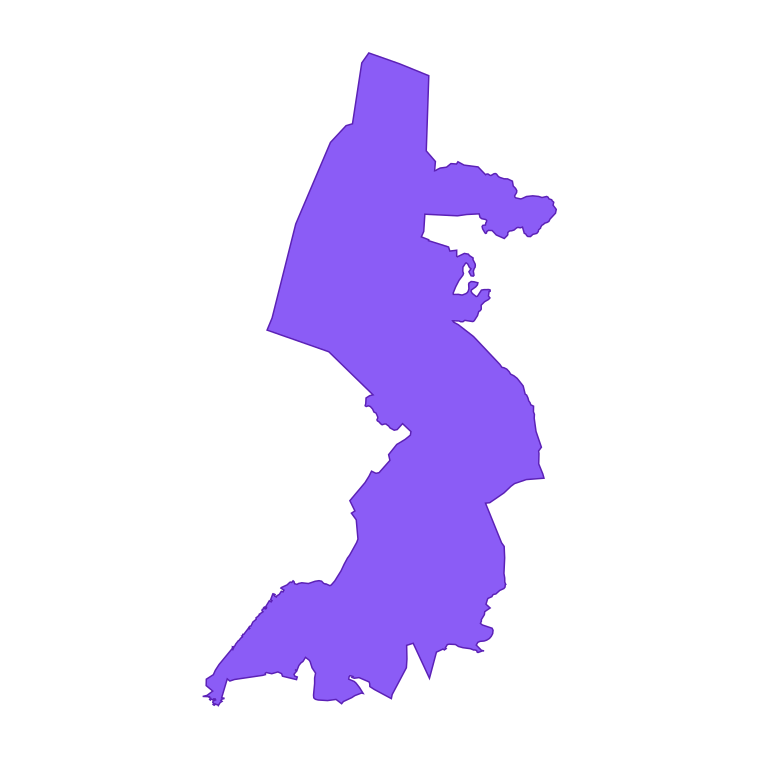 Simojovel, Chiapas, Mexico, rotated 273°
{"feature_id": "50627088B247169502667", "entity_name": "Simojovel", "entity_type": "district", "adm_level": 2, "iso_a3": "MEX", "parent_name": "Mexico", "parent_adm1": "Chiapas", "projection": "robinson", "projection_center": [-92.64, 17.147], "detail": "fine", "context": "isolated", "style": "filled", "palette": "violet", "viewbox_px": 768, "rotation_deg": 273, "n_neighbors": 0, "source": "geoboundaries", "source_scale": "gbopen_adm2", "svg_char_len": 6082}
<svg xmlns="http://www.w3.org/2000/svg" viewBox="0 0 768 768"><g transform="rotate(273 384 384)"><path d="M73.5,222.2L68.4,229.0L63.8,223.6L62.5,219.3L62.6,226.0L61.9,225.8L61.2,227.3L59.8,226.4L59.3,227.2L60.2,227.7L59.9,229.2L60.3,231.1L60.7,230.9L60.7,231.9L59.7,232.4L58.5,229.9L56.9,229.7L55.9,231.0L55.0,230.1L54.3,231.2L55.6,232.6L55.2,233.1L54.9,234.8L54.2,235.3L57.3,237.1L58.6,238.9L59.5,237.7L60.8,238.8L61.4,240.6L61.9,240.6L62.2,238.3L81.3,242.9L79.3,245.6L81.1,250.2L86.7,278.1L87.6,280.8L88.8,280.5L89.7,281.6L88.8,287.1L90.9,293.1L89.4,296.9L86.9,297.9L84.2,312.1L86.9,312.7L87.6,310.2L89.4,309.3L92.6,311.7L94.2,310.2L93.2,312.0L98.4,313.7L101.1,315.6L102.7,317.6L106.9,319.9L104.5,323.5L103.0,324.7L96.8,327.0L91.7,330.8L86.8,330.1L81.2,330.4L69.6,329.9L66.9,330.3L65.6,331.9L65.0,334.8L64.9,344.2L66.5,352.6L62.5,358.4L64.8,360.1L69.1,368.2L71.3,371.2L74.2,377.7L73.9,379.4L79.5,375.5L83.9,371.7L85.4,369.8L87.4,364.2L89.6,364.4L90.8,365.1L90.9,365.8L90.3,368.3L89.3,367.4L88.6,369.7L89.5,374.4L85.7,384.7L84.0,385.4L81.1,385.7L78.5,390.2L70.2,407.8L74.3,408.4L101.8,421.2L110.6,421.3L124.2,420.3L126.6,426.7L92.5,444.8L119.0,450.4L122.4,456.8L121.6,458.2L123.0,459.9L123.6,459.0L127.1,460.9L127.6,462.8L127.6,469.0L125.8,472.0L124.8,476.6L124.2,484.0L123.0,487.6L123.2,488.6L122.7,490.5L121.2,491.0L120.8,491.9L122.6,496.3L122.7,497.9L123.2,495.2L128.1,489.8L130.9,491.2L132.0,493.3L132.6,497.5L133.6,500.0L135.4,502.6L137.6,504.3L140.4,505.6L143.8,505.8L145.8,504.7L148.5,494.9L150.0,492.8L152.3,493.7L153.7,493.5L158.9,496.3L161.9,496.5L165.9,501.7L169.4,497.4L174.0,498.5L175.3,499.0L177.3,502.9L178.8,503.5L179.6,504.4L180.2,506.7L183.9,510.4L186.0,514.4L187.5,515.5L189.9,515.6L190.2,516.1L192.4,515.0L196.6,514.7L201.1,513.7L216.6,513.6L228.1,512.5L231.6,509.7L270.3,491.6L271.0,495.8L281.6,509.6L288.5,516.1L291.4,519.6L296.0,531.1L298.3,548.7L302.5,547.3L312.3,542.7L322.7,542.4L325.2,541.9L329.1,544.5L344.6,538.3L357.6,535.8L361.6,535.8L364.0,534.7L369.7,534.5L370.9,531.7L373.0,530.8L374.8,529.4L377.6,528.5L380.4,527.0L381.3,525.5L389.3,523.1L396.6,516.7L399.0,513.3L400.5,509.9L402.9,508.3L405.3,505.8L406.5,503.0L406.8,500.9L409.6,498.7L436.1,470.9L447.1,455.1L449.4,450.3L450.7,449.3L450.9,455.5L450.2,457.3L450.3,459.5L451.8,461.4L451.0,469.3L451.3,470.1L452.1,470.9L457.2,473.8L461.3,474.8L462.4,476.4L463.9,477.2L467.8,476.9L471.4,480.1L473.9,484.0L475.5,485.3L477.3,483.7L481.8,484.1L482.1,485.1L483.4,485.1L483.8,483.9L483.5,479.0L482.9,476.4L476.5,472.7L476.2,471.4L479.1,467.4L481.1,466.1L482.4,466.3L485.8,470.5L487.9,472.1L490.0,472.5L490.8,468.6L490.9,465.7L489.3,463.6L488.1,463.3L483.6,463.8L481.4,463.3L479.9,462.6L478.6,461.2L476.9,457.4L477.4,453.7L477.1,448.6L478.4,448.3L484.8,450.5L491.4,453.5L496.8,457.1L498.5,457.6L500.7,456.8L504.8,456.7L509.0,459.2L509.2,460.0L508.1,461.4L504.9,463.2L503.6,464.8L500.5,462.9L496.6,465.3L496.4,467.5L497.3,468.2L501.3,467.3L504.2,468.1L505.2,468.8L507.0,469.0L508.5,468.8L513.0,466.3L514.5,466.4L516.8,462.5L518.1,461.5L518.6,457.4L514.9,450.6L515.4,449.9L521.4,449.6L520.2,442.8L524.2,441.3L529.5,420.9L530.4,421.1L532.9,413.6L538.4,415.7L555.7,415.9L555.8,448.6L557.6,457.7L558.9,470.1L555.4,471.2L554.2,472.9L553.6,476.9L552.7,478.0L551.1,477.8L550.2,477.2L548.1,477.0L547.6,474.4L546.4,473.7L544.0,474.4L540.1,477.0L539.7,477.7L540.1,478.4L541.7,478.7L542.9,480.3L542.9,484.0L538.7,488.3L535.6,496.5L538.6,499.2L539.5,499.8L541.8,499.7L543.4,501.4L543.7,503.5L544.6,505.9L546.9,508.3L547.4,509.6L547.1,511.9L547.9,514.1L541.8,516.2L541.3,517.6L539.6,518.8L538.8,520.0L538.9,522.6L541.2,524.8L542.4,528.7L544.3,530.1L546.0,530.3L547.9,532.2L548.9,532.3L550.8,533.4L551.8,535.0L552.9,535.9L554.0,538.7L555.1,540.2L557.3,541.1L563.5,546.3L567.4,546.9L571.4,543.5L574.4,544.0L575.8,542.3L576.8,541.8L577.5,539.1L579.1,538.1L579.8,536.7L578.5,532.0L579.4,528.6L579.7,522.7L578.7,516.5L576.3,511.9L576.0,510.6L576.8,505.8L577.7,504.8L578.7,504.6L582.2,506.4L584.0,506.5L586.2,505.2L588.5,502.7L593.3,501.6L595.3,496.7L595.2,493.2L596.3,489.1L597.1,487.4L599.6,485.3L600.0,484.1L599.7,482.8L597.8,479.9L598.0,478.8L599.2,476.8L598.9,475.2L598.3,474.5L605.7,466.6L606.8,452.5L609.8,446.2L607.5,444.9L607.6,439.3L603.8,435.1L602.6,428.8L600.8,425.6L600.2,425.1L599.6,423.4L608.9,423.7L619.0,414.0L694.2,412.6L704.6,382.7L713.8,351.5L703.5,345.0L642.2,338.9L640.0,332.6L622.5,317.9L539.2,287.5L444.1,268.8L431.7,264.4L413.3,327.2L372.6,373.6L371.6,370.3L369.1,366.8L363.4,366.8L361.3,366.3L360.6,367.4L361.4,369.5L360.8,371.5L358.4,373.9L355.5,375.4L354.5,377.6L350.9,379.4L349.8,379.6L347.8,378.8L346.8,379.4L346.1,380.8L344.0,382.9L343.2,384.2L344.1,386.7L344.1,388.3L342.8,389.8L342.7,390.5L340.4,392.4L338.4,396.6L339.2,399.6L345.4,404.6L337.9,413.4L334.3,413.0L329.7,407.9L324.3,399.9L313.7,392.3L308.0,393.9L295.2,383.7L294.4,380.6L296.3,376.1L291.2,373.9L284.5,370.2L265.7,356.0L255.7,361.6L253.3,358.2L246.9,363.4L227.8,366.1L224.3,365.0L211.4,358.7L208.4,356.7L202.1,353.7L195.2,350.9L184.7,345.1L180.5,341.8L179.8,340.5L181.4,336.4L181.1,336.0L181.8,334.1L183.8,332.0L184.2,329.4L183.4,325.5L180.8,319.0L181.2,312.3L180.3,309.0L179.3,307.6L179.9,305.2L181.9,304.5L182.7,303.5L181.0,302.2L181.3,301.1L181.1,300.4L178.3,297.7L175.3,292.0L174.8,291.7L172.9,294.9L171.1,294.0L171.6,292.3L168.6,290.6L166.7,288.0L165.7,287.7L166.3,286.1L167.0,285.8L168.0,286.3L168.6,285.0L167.7,284.8L168.4,283.9L162.7,282.1L161.8,283.5L160.5,282.7L161.5,280.8L155.2,277.4L154.9,278.3L154.3,277.8L153.7,278.2L153.2,277.5L153.7,276.5L154.3,277.0L155.0,276.2L154.1,275.4L153.3,275.6L152.5,274.2L151.3,274.0L150.2,275.1L147.7,271.7L147.5,272.0L145.3,270.2L143.8,268.4L142.4,268.7L139.4,265.5L135.5,263.9L135.0,262.6L133.9,261.8L133.0,262.7L132.3,262.1L132.7,261.2L126.7,257.1L126.6,256.1L125.1,255.8L124.9,255.2L124.1,255.9L122.6,254.1L120.5,252.8L120.1,252.0L116.2,249.3L114.9,249.0L113.9,247.7L113.5,247.8L113.6,247.0L113.2,247.4L112.8,246.4L111.8,246.2L111.8,247.3L110.8,246.9L111.5,246.0L95.3,234.0L89.2,230.5L84.8,228.8L79.9,222.0L73.5,222.2Z" fill="#8b5cf6" stroke="#5b21b6" stroke-width="1.5"/></g></svg>